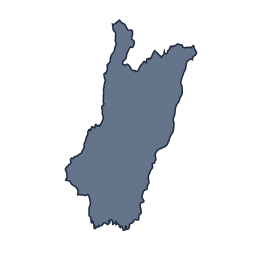 Útica, Cundinamarca, Colombia (Equal Earth projection), rotated 190°
{"feature_id": "7082276B79579066733187", "entity_name": "Útica", "entity_type": "district", "adm_level": 2, "iso_a3": "COL", "parent_name": "Colombia", "parent_adm1": "Cundinamarca", "projection": "equal_earth", "projection_center": [-74.472, 5.191], "detail": "fine", "context": "isolated", "style": "filled", "palette": "slate", "viewbox_px": 256, "rotation_deg": 190, "n_neighbors": 0, "source": "geoboundaries", "source_scale": "gbopen_adm2", "svg_char_len": 5784}
<svg xmlns="http://www.w3.org/2000/svg" viewBox="0 0 256 256"><g transform="rotate(190 128 128)"><path d="M110.1,28.7L109.7,29.5L109.5,30.5L109.5,31.9L109.9,32.9L109.8,33.2L109.4,33.9L107.1,35.4L106.7,35.9L106.1,38.2L105.8,38.6L105.2,38.9L103.9,39.1L102.3,39.0L101.7,39.5L101.7,41.3L102.0,43.1L102.0,43.6L101.6,44.7L100.8,45.5L100.2,46.9L101.3,50.7L102.6,53.0L102.7,54.4L102.2,56.7L102.0,57.0L100.7,57.2L99.9,57.9L99.5,58.6L100.3,59.9L101.4,60.9L102.2,62.2L102.4,63.1L102.3,64.6L102.1,65.3L101.9,68.0L101.7,68.6L100.8,69.6L98.9,70.9L98.7,71.4L98.8,73.5L98.8,75.4L97.9,77.3L98.0,78.3L99.2,81.8L99.6,84.2L99.5,85.1L98.9,87.3L98.7,88.8L98.3,90.4L97.0,92.8L97.0,94.3L97.8,95.6L97.8,96.8L97.6,97.2L95.9,98.0L95.8,98.6L95.8,100.1L95.3,100.8L95.0,101.4L95.1,102.2L96.4,105.5L96.7,107.3L96.6,107.9L95.9,109.2L95.4,110.6L94.0,112.3L93.2,113.0L91.3,113.9L90.9,114.6L88.3,116.0L87.2,117.3L86.4,118.9L85.8,121.5L85.4,122.2L85.4,124.4L84.5,128.4L83.3,131.1L82.9,133.1L83.1,137.1L83.6,140.9L84.3,142.6L84.9,143.1L85.1,144.0L84.9,146.0L84.6,147.4L84.3,149.5L84.5,151.4L84.7,156.4L84.2,159.3L82.3,163.4L82.3,164.7L81.9,167.3L80.8,169.9L80.6,171.6L81.6,177.1L82.1,178.0L82.5,179.4L84.0,181.7L83.7,187.2L82.8,190.7L82.8,192.3L82.3,193.5L82.2,194.5L81.8,195.0L81.6,197.0L81.7,199.8L81.6,203.6L80.7,204.4L80.3,205.4L79.7,205.8L77.6,206.9L76.4,206.5L76.6,207.1L76.6,207.9L76.1,209.2L75.4,210.7L74.2,211.5L73.9,212.4L73.4,214.0L76.0,217.3L77.1,219.1L77.3,220.0L77.8,220.5L78.1,220.5L79.8,218.3L80.4,217.8L81.5,218.2L83.1,217.6L84.0,217.8L85.4,216.9L86.2,216.8L87.3,216.8L87.8,217.1L89.3,219.2L89.9,218.9L91.1,218.9L93.4,219.5L94.8,218.5L96.3,216.8L97.7,216.8L98.5,215.5L99.2,216.0L100.3,215.9L100.8,213.7L100.9,212.5L102.2,211.1L102.3,208.5L102.6,208.2L103.6,207.6L104.1,207.6L105.1,208.5L105.6,209.8L105.7,209.1L105.3,207.3L106.2,205.6L106.9,204.8L107.2,203.5L112.9,207.4L115.3,208.8L116.5,205.2L117.0,203.0L118.1,199.5L118.6,200.0L119.3,200.3L121.5,199.2L121.2,197.3L121.7,195.3L123.0,196.5L124.5,195.7L125.0,193.8L126.4,192.0L126.7,191.2L126.8,190.5L127.4,189.2L127.5,187.8L127.9,186.8L129.0,185.4L130.4,184.8L130.6,185.5L131.1,185.8L133.4,185.6L134.5,186.0L135.0,186.4L136.2,188.2L138.0,189.9L139.2,190.6L139.8,190.7L140.2,190.7L140.8,189.9L141.4,189.6L142.2,189.5L143.5,189.5L144.0,189.8L144.4,190.4L144.7,191.7L144.4,192.7L142.6,195.3L142.2,196.1L142.0,198.0L142.0,200.7L141.9,201.5L140.3,207.2L140.0,207.6L139.5,208.0L137.9,208.0L137.5,208.2L136.8,209.7L136.6,210.8L136.6,213.3L136.8,214.0L137.0,214.5L137.4,214.9L139.6,216.1L139.9,216.6L140.0,217.9L139.7,220.7L140.2,223.5L140.7,224.6L141.3,224.9L142.2,225.0L143.9,224.5L144.7,224.4L145.2,224.6L146.8,226.4L147.8,228.0L149.2,229.5L153.3,230.9L154.7,232.5L155.2,232.8L155.7,232.3L155.7,232.5L156.3,231.1L157.0,230.7L156.8,230.4L157.0,230.2L158.2,229.3L159.3,228.0L160.4,227.4L161.3,227.6L161.0,226.8L160.9,225.9L160.5,225.3L160.2,224.2L160.1,223.2L159.6,222.1L159.2,221.4L158.0,220.7L157.8,220.4L157.0,220.3L157.0,219.8L156.6,219.2L156.4,218.2L156.4,217.1L155.9,214.1L155.9,212.0L154.8,210.1L154.0,208.5L154.5,207.2L154.8,205.5L154.9,201.2L155.8,199.2L156.8,197.6L157.1,196.6L157.5,194.0L157.1,190.8L157.2,190.1L157.7,189.1L159.5,186.5L158.9,184.3L158.8,183.1L158.5,182.2L158.5,181.6L159.1,178.7L159.0,178.3L159.7,178.4L160.4,178.0L160.9,177.5L161.0,176.8L160.0,173.4L158.5,170.9L158.8,169.4L158.9,168.0L158.9,164.9L158.7,164.2L158.9,162.9L158.7,161.8L158.8,160.9L158.1,159.3L157.9,155.6L157.3,152.7L157.0,149.9L156.6,148.5L155.9,148.0L155.8,147.7L156.2,146.5L156.7,145.7L157.3,145.1L157.5,144.1L157.2,142.7L156.2,141.1L156.2,139.9L155.9,137.8L155.0,135.9L154.2,134.6L154.0,133.6L154.2,132.1L154.9,128.7L156.0,126.5L156.1,125.3L156.3,125.0L157.3,125.5L158.5,124.5L159.9,125.8L160.6,125.8L160.8,125.1L160.7,123.6L160.7,122.4L162.0,122.9L163.1,122.4L163.6,123.0L163.9,123.0L164.0,122.5L164.1,120.8L164.6,119.0L165.0,119.1L165.0,119.8L165.2,120.0L166.3,119.5L166.4,118.5L166.9,117.3L166.6,115.2L166.6,113.9L167.4,112.1L167.3,110.7L167.7,109.6L167.6,108.5L167.5,108.0L167.9,107.2L168.4,104.6L168.4,104.0L168.0,102.7L167.9,100.7L168.2,99.3L169.0,98.1L169.2,97.2L169.2,95.8L170.7,94.1L172.0,93.2L173.2,91.5L173.7,91.2L174.6,91.1L175.8,90.4L176.2,89.6L176.2,89.0L176.6,88.5L176.9,88.3L177.5,88.6L178.3,88.6L178.9,87.9L179.2,86.8L179.1,86.2L178.0,83.7L178.8,82.6L180.0,81.6L180.8,79.7L181.7,79.0L182.0,78.5L182.6,76.7L182.5,76.2L180.6,73.3L179.9,70.7L179.6,69.2L179.7,68.3L180.4,65.8L177.0,65.7L176.2,65.4L175.4,64.8L174.5,63.5L173.5,62.6L169.8,61.1L168.1,60.0L167.0,58.7L166.5,57.9L166.0,55.1L166.0,53.7L165.7,53.4L164.4,54.0L162.5,53.9L160.4,54.4L159.2,54.0L158.2,54.1L156.9,54.8L156.1,55.7L155.0,54.5L153.5,51.7L152.6,49.3L152.5,48.7L151.9,47.8L152.0,44.9L152.5,43.4L152.2,41.2L152.2,40.0L151.9,39.2L151.7,37.8L151.5,37.2L151.5,36.8L151.4,35.8L150.9,34.6L150.1,34.4L148.9,32.7L148.7,30.9L147.9,30.0L147.9,28.5L147.4,28.3L146.8,28.6L146.7,28.8L147.2,29.9L147.1,30.2L146.9,30.1L146.3,29.7L145.3,27.6L144.3,26.9L144.6,25.6L144.5,25.0L144.4,24.9L143.7,25.2L144.1,23.7L144.0,23.3L143.1,23.2L142.5,23.6L141.7,24.4L141.3,25.5L141.0,25.7L139.9,25.5L139.4,25.6L139.9,26.3L140.0,26.6L139.8,26.8L137.7,27.1L136.8,27.5L136.4,28.0L135.5,30.1L135.2,30.3L133.6,30.7L131.8,29.4L130.9,29.5L129.9,31.0L129.3,32.3L129.5,32.5L130.7,32.5L131.0,32.7L131.0,33.0L129.6,34.3L128.7,34.3L128.1,35.0L128.0,34.9L127.3,33.5L126.7,32.7L126.6,30.8L126.3,30.4L125.9,30.6L125.4,31.2L124.9,31.8L124.1,33.5L123.6,33.9L123.4,33.6L123.3,32.0L123.0,30.7L122.5,31.0L122.0,32.0L121.5,32.0L119.5,30.5L119.1,29.7L119.3,29.2L118.2,28.6L117.4,30.2L117.2,30.2L116.2,28.9L115.8,27.8L115.3,27.0L114.6,26.6L113.7,26.6L113.4,26.9L113.1,27.3L113.0,28.1L113.1,29.2L113.5,30.6L113.3,30.9L112.9,30.4L112.2,29.9L112.2,28.1L111.4,27.9L110.1,28.7Z" fill="#64748b" stroke="#1e293b" stroke-width="1.5"/></g></svg>